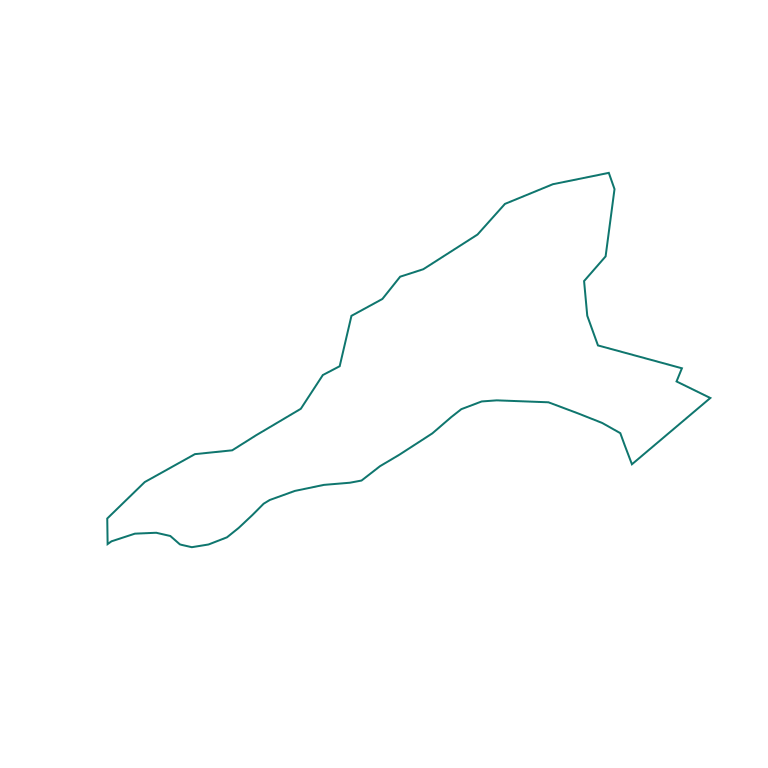 the district of Muzrabad, Surkhandarya, Uzbekistan, rotated 344°
{"feature_id": "79887680B13108405395902", "entity_name": "Muzrabad", "entity_type": "district", "adm_level": 2, "iso_a3": "UZB", "parent_name": "Uzbekistan", "parent_adm1": "Surkhandarya", "projection": "natural_earth1", "projection_center": [66.881, 37.423], "detail": "fine", "context": "isolated", "style": "outline", "palette": "teal", "viewbox_px": 768, "rotation_deg": 344, "n_neighbors": 0, "source": "geoboundaries", "source_scale": "gbopen_adm2", "svg_char_len": 835}
<svg xmlns="http://www.w3.org/2000/svg" viewBox="0 0 768 768"><g transform="rotate(344 384 384)"><path d="M674.7,451.0L600.3,405.9L598.2,374.4L604.7,340.2L632.2,322.4L659.3,260.2L658.3,243.0L601.4,238.5L549.9,244.2L515.1,266.1L453.4,284.5L429.1,285.3L405.9,301.8L371.5,309.5L346.3,354.7L327.7,358.5L297.2,384.9L247.0,398.0L219.8,405.9L182.9,399.3L127.0,412.3L80.9,437.0L74.2,461.7L78.7,460.1L103.3,459.2L124.0,464.2L136.7,471.2L143.6,481.9L145.2,482.9L154.3,487.9L171.1,489.9L190.8,488.1L204.6,482.3L221.5,473.6L235.3,465.9L242.2,464.0L268.8,462.2L298.4,464.4L324.0,469.5L335.8,470.6L357.5,461.9L379.3,456.2L416.8,444.8L439.6,434.3L451.4,429.5L473.1,427.7L487.9,430.8L537.0,446.9L562.5,465.8L583.0,481.6L597.6,496.4L598.5,509.2L600.2,529.5L693.8,487.4L665.9,462.2L674.7,451.0Z" fill="none" stroke="#0f766e" stroke-width="2"/></g></svg>